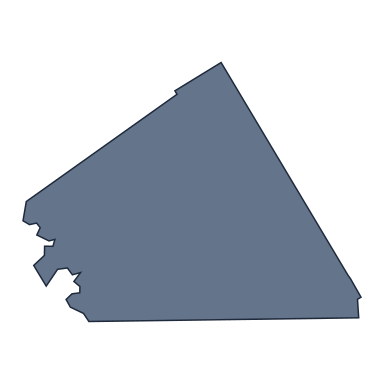 Lampasas, Texas, United States of America
{"feature_id": "52423323B89118572661224", "entity_name": "Lampasas", "entity_type": "district", "adm_level": 2, "iso_a3": "USA", "parent_name": "United States of America", "parent_adm1": "Texas", "projection": "albers", "projection_center": [-98.387, 31.247], "detail": "fine", "context": "isolated", "style": "filled", "palette": "slate", "viewbox_px": 384, "rotation_deg": 0, "n_neighbors": 0, "source": "geoboundaries", "source_scale": "gbopen_adm2", "svg_char_len": 511}
<svg xmlns="http://www.w3.org/2000/svg" viewBox="0 0 384 384"><path d="M174.9,90.8L177.0,94.3L26.3,201.5L23.0,220.8L29.5,224.6L36.6,223.1L40.2,227.7L36.8,235.0L49.0,240.9L54.9,239.4L52.9,246.3L44.6,246.2L44.4,255.4L33.7,265.4L46.2,286.1L57.6,269.3L67.4,268.0L72.4,274.8L80.5,272.6L73.9,281.5L79.9,286.5L79.8,292.8L72.0,293.8L66.1,299.5L70.4,307.2L83.5,313.4L88.9,321.5L358.7,317.8L357.5,299.3L361.0,297.2L350.3,278.4L348.2,275.6L221.1,62.5L174.9,90.8Z" fill="#64748b" stroke="#1e293b" stroke-width="1.5"/></svg>